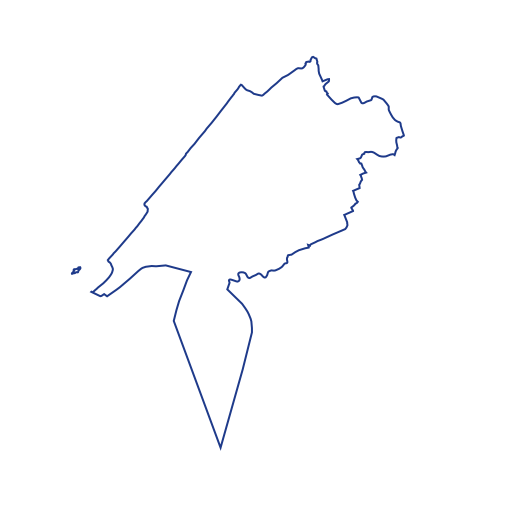 the district of Mueang Songkhla, Songkhla, Thailand, rotated 251°
{"feature_id": "78962969B11995131192654", "entity_name": "Mueang Songkhla", "entity_type": "district", "adm_level": 2, "iso_a3": "THA", "parent_name": "Thailand", "parent_adm1": "Songkhla", "projection": "mercator", "projection_center": [100.614, 7.127], "detail": "fine", "context": "isolated", "style": "outline", "palette": "blue", "viewbox_px": 512, "rotation_deg": 251, "n_neighbors": 0, "source": "geoboundaries", "source_scale": "gbopen_adm2", "svg_char_len": 6037}
<svg xmlns="http://www.w3.org/2000/svg" viewBox="0 0 512 512"><g transform="rotate(251 256 256)"><path d="M422.9,297.4L421.5,295.1L420.5,294.0L419.6,292.8L417.4,289.0L416.2,287.7L415.4,286.3L414.8,285.6L414.4,284.8L411.2,280.0L409.8,278.1L404.5,269.9L400.7,264.2L396.3,257.3L392.5,250.8L390.8,248.5L386.1,240.5L382.0,234.3L379.3,229.3L376.3,224.8L376.1,224.1L375.6,223.4L375.5,223.1L374.3,222.3L373.5,221.2L371.4,217.5L368.7,213.1L366.9,210.0L365.4,207.7L362.8,203.1L361.7,201.5L353.0,186.8L350.0,182.0L347.6,177.7L343.4,170.5L343.0,169.4L342.0,167.7L341.6,167.6L340.9,167.2L340.3,167.2L339.3,167.6L338.9,167.8L338.7,168.0L338.4,168.5L338.2,168.7L337.1,168.7L336.2,169.1L335.3,168.9L334.4,168.4L333.7,168.2L332.9,167.6L330.8,164.9L330.1,163.8L328.8,162.4L327.8,160.9L326.6,159.2L324.9,156.5L322.7,153.3L321.8,151.6L320.5,149.7L318.1,145.3L316.2,142.2L308.9,129.7L306.1,124.8L304.8,122.1L304.2,121.4L301.5,116.3L300.4,114.6L299.9,114.8L299.0,114.6L298.3,115.0L297.5,115.7L296.3,116.1L295.3,116.3L294.5,116.2L292.3,116.5L290.8,116.5L290.2,116.4L289.2,115.9L287.5,114.7L286.5,113.8L285.2,112.2L283.7,110.1L281.7,106.5L279.9,102.7L277.7,96.5L276.7,94.4L276.2,93.0L274.8,89.8L275.8,88.8L275.7,88.6L268.7,95.7L268.6,96.4L268.6,97.0L269.4,100.0L266.4,102.1L269.5,113.0L270.8,117.1L275.7,129.6L280.1,139.8L281.3,143.1L281.7,144.8L281.7,148.2L280.5,154.1L278.8,158.2L276.5,167.6L262.0,189.3L255.4,182.8L247.2,176.1L238.5,168.7L230.8,163.2L221.4,157.1L86.3,160.1L153.1,206.5L185.1,227.3L189.2,228.7L195.6,230.3L198.4,230.5L203.3,230.2L206.2,229.8L209.9,228.9L215.3,227.3L233.8,218.0L239.3,222.3L241.4,222.4L241.9,222.6L242.2,223.1L242.3,223.3L242.1,224.2L241.8,224.7L240.5,226.5L238.3,229.3L237.8,230.3L237.9,231.2L238.1,231.9L238.5,232.4L239.2,232.9L239.9,233.1L241.2,233.3L243.7,233.1L244.6,233.3L245.0,233.5L245.4,234.0L245.7,234.9L245.6,236.0L245.4,236.8L244.8,238.4L244.3,239.1L243.4,240.1L242.7,240.5L242.0,240.7L239.3,241.1L238.6,241.3L238.1,241.6L237.5,242.2L237.2,242.8L237.3,243.7L237.8,245.9L238.1,249.8L238.6,252.0L238.6,252.6L238.5,253.1L238.1,253.7L237.4,254.4L236.4,255.0L234.5,255.8L233.4,256.5L232.9,257.0L232.7,257.7L232.7,258.2L233.1,258.9L234.0,260.0L234.5,260.5L236.5,261.9L236.9,262.3L237.2,262.8L237.4,263.9L237.4,265.7L237.2,266.3L236.4,268.0L236.1,269.2L236.1,270.2L236.4,273.7L237.1,276.4L237.5,277.4L239.4,280.4L239.5,281.3L239.3,282.2L239.3,283.0L239.5,283.3L239.8,283.6L240.4,283.8L241.0,283.9L242.5,284.1L243.4,284.4L244.3,284.9L244.6,285.2L244.9,285.7L245.8,286.1L246.3,286.7L246.2,287.3L246.0,288.0L246.0,288.6L245.7,290.0L246.9,294.5L247.5,298.5L247.3,304.9L246.8,308.6L247.1,308.8L249.5,308.9L248.2,310.5L248.9,311.0L249.2,311.7L249.7,316.6L250.1,319.0L250.2,322.7L250.3,324.5L251.4,335.7L252.4,349.1L252.7,349.6L253.5,350.8L255.2,352.4L256.5,352.8L257.1,352.8L258.2,353.2L265.1,352.9L266.1,352.8L266.9,362.4L267.2,362.5L270.5,361.8L270.8,361.9L271.7,364.7L272.1,365.4L272.6,366.5L273.1,366.9L273.2,368.4L274.1,369.9L275.8,369.1L276.7,369.0L278.8,368.8L279.8,368.8L283.2,368.9L284.9,369.1L286.0,369.0L286.5,376.1L288.3,376.5L289.6,376.7L290.6,377.9L292.4,379.4L293.5,381.1L294.2,381.1L294.4,381.2L295.4,381.3L296.7,381.2L297.5,381.3L298.3,381.1L298.7,381.0L299.1,384.2L299.1,385.0L299.0,387.2L299.0,387.3L300.0,386.9L302.7,386.5L303.4,386.2L305.0,385.8L305.9,385.7L306.4,385.8L309.1,385.7L309.5,384.6L310.3,384.4L311.0,384.0L313.8,383.7L314.7,383.3L314.5,385.8L314.6,386.5L315.0,387.3L317.2,389.3L317.3,389.5L317.4,389.8L317.4,391.6L318.1,391.9L318.3,392.3L318.7,392.8L318.5,394.0L317.6,396.0L317.1,398.5L316.6,399.6L315.6,400.9L314.8,401.6L312.1,403.7L310.4,405.2L309.2,407.2L308.4,409.2L307.9,411.3L308.0,413.9L308.1,416.1L307.8,418.0L307.7,418.6L307.4,419.1L306.3,419.9L307.6,420.9L309.3,422.0L310.7,423.4L311.2,424.1L311.6,424.8L312.0,425.2L312.6,425.0L314.6,425.4L317.8,425.7L319.6,426.2L321.4,427.0L321.8,427.2L321.9,427.5L321.9,429.8L321.0,431.1L320.9,431.5L321.0,432.2L321.4,433.0L321.6,434.6L321.7,435.0L322.0,435.1L326.4,435.1L331.7,435.3L332.8,435.5L334.2,435.8L335.1,435.7L335.6,435.4L336.8,433.8L338.1,432.6L339.5,431.6L341.3,430.9L342.5,430.4L345.4,429.8L347.9,429.4L350.4,429.1L351.4,429.2L353.9,430.1L354.6,430.1L355.8,429.8L357.7,429.2L362.4,427.4L362.7,427.1L363.7,426.2L367.6,421.9L367.9,421.4L368.4,420.0L368.6,419.1L368.5,418.2L368.4,417.8L366.2,416.1L365.9,415.5L366.0,411.0L365.5,408.3L365.5,407.2L365.6,406.7L365.9,406.1L366.3,405.7L366.7,405.5L372.3,404.7L372.5,404.5L372.7,404.3L373.3,402.8L373.9,400.3L374.2,397.0L373.4,391.9L372.9,387.3L372.9,383.4L373.0,382.5L373.5,381.7L374.3,381.0L375.1,380.4L379.3,378.3L385.5,375.7L386.3,376.7L387.0,376.2L388.7,376.1L388.9,375.7L389.3,375.5L389.5,375.1L390.0,374.9L394.1,375.0L394.3,375.1L394.6,376.0L395.3,376.8L395.9,377.7L397.2,381.3L397.4,381.7L397.9,382.0L398.7,382.4L399.5,382.6L399.8,381.1L399.5,375.8L401.8,375.7L407.8,375.1L410.6,375.5L412.4,376.1L415.7,376.9L416.3,376.9L417.5,376.5L418.2,376.5L418.9,376.7L419.5,377.2L423.0,377.4L423.9,376.2L425.0,375.4L425.7,374.8L425.7,374.6L425.6,373.5L424.3,372.2L424.1,371.9L423.7,371.6L423.5,371.3L423.1,371.2L422.6,371.1L422.1,370.3L422.2,369.6L422.7,369.1L422.7,368.9L423.0,367.1L423.0,366.6L422.8,366.4L422.3,366.2L422.2,365.8L421.9,365.4L420.8,365.3L420.4,364.9L419.8,364.1L418.9,362.6L418.7,362.1L418.4,360.9L418.6,359.8L419.8,357.2L419.9,356.4L419.6,354.7L419.0,352.9L416.9,345.8L416.7,345.0L415.9,339.0L412.7,331.8L410.3,325.4L409.0,322.7L407.9,320.3L406.7,316.9L406.0,315.4L405.7,314.2L405.9,313.3L406.4,312.6L407.5,310.7L410.1,306.7L412.3,305.3L413.9,303.9L415.6,301.6L416.5,300.8L418.0,300.0L422.0,298.3L422.4,298.1L422.9,297.4ZM301.3,79.1L300.9,78.9L300.6,78.2L300.1,77.4L299.7,76.5L299.3,76.2L299.1,76.2L299.0,76.5L299.1,77.3L298.8,79.2L299.2,80.6L299.1,81.1L298.7,81.7L298.6,82.3L298.7,82.5L300.1,83.5L300.8,85.1L301.5,85.9L301.8,86.1L302.6,86.1L302.7,85.7L302.9,85.1L303.0,84.4L302.8,84.1L302.6,84.0L302.0,83.3L301.9,83.0L302.2,82.4L302.3,81.8L302.2,80.8L302.6,80.2L302.7,79.7L302.4,79.2L302.1,79.0L301.9,78.9L301.3,79.1Z" fill="none" stroke="#1e3a8a" stroke-width="2"/></g></svg>